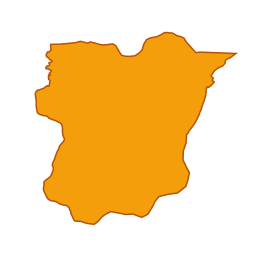 Thateng, Xékong, Laos (Natural Earth projection), rotated 278°
{"feature_id": "54806243B20325716676417", "entity_name": "Thateng", "entity_type": "district", "adm_level": 2, "iso_a3": "LAO", "parent_name": "Laos", "parent_adm1": "Xékong", "projection": "natural_earth1", "projection_center": [106.496, 15.416], "detail": "fine", "context": "isolated", "style": "filled", "palette": "amber", "viewbox_px": 256, "rotation_deg": 278, "n_neighbors": 0, "source": "geoboundaries", "source_scale": "gbopen_adm2", "svg_char_len": 5413}
<svg xmlns="http://www.w3.org/2000/svg" viewBox="0 0 256 256"><g transform="rotate(278 128 128)"><path d="M200.1,39.8L198.2,40.0L196.6,40.5L195.7,40.6L195.1,40.9L195.0,41.0L194.7,40.9L194.2,40.7L193.9,40.4L193.5,40.0L192.7,39.6L192.2,39.2L192.1,38.4L192.1,38.2L192.0,37.9L191.9,37.5L191.6,37.5L190.7,37.3L189.4,36.8L189.1,36.8L188.8,36.8L188.4,36.9L188.0,37.1L187.8,37.2L187.6,37.3L187.4,37.4L187.3,37.5L187.1,37.7L187.0,38.0L186.8,38.6L186.6,38.9L186.5,39.1L186.1,39.8L185.8,40.0L185.4,40.4L185.2,40.6L184.9,40.9L184.7,41.2L184.6,41.4L184.6,41.7L184.5,41.9L184.5,42.3L184.4,42.6L184.3,42.9L184.2,43.1L184.0,43.3L183.9,43.4L183.7,43.5L183.3,43.4L183.1,43.3L182.9,43.1L182.7,42.9L182.4,42.5L182.0,41.5L181.7,40.8L181.5,40.7L181.4,40.6L181.2,40.6L181.0,40.8L180.5,41.3L180.4,41.4L180.3,41.5L179.7,41.5L179.4,41.5L179.1,41.3L179.0,41.2L178.8,41.0L178.7,40.8L178.6,40.6L178.5,40.3L178.4,40.0L178.3,39.6L178.1,39.4L177.9,39.0L177.6,38.8L177.4,38.6L177.1,38.5L176.6,38.3L176.2,38.2L175.9,38.3L175.6,38.4L175.4,38.6L175.2,39.0L175.2,39.5L175.3,39.8L175.4,40.4L175.5,40.7L175.4,40.9L175.3,41.1L175.1,41.4L174.8,41.7L174.8,42.0L174.7,42.3L174.8,43.0L174.8,43.3L174.7,43.5L174.4,43.8L174.1,44.0L173.8,44.0L173.5,44.1L173.2,43.9L172.8,43.7L172.4,43.5L172.1,43.2L171.7,42.9L171.4,42.6L171.1,42.5L170.9,42.5L170.6,42.4L170.2,42.3L169.9,42.5L169.9,43.1L169.8,43.4L169.7,43.5L169.4,43.6L169.2,43.4L169.1,43.1L169.0,42.6L168.9,42.2L168.7,42.0L168.5,41.9L168.4,42.0L168.2,42.1L167.2,42.2L166.3,42.4L165.7,42.5L165.3,42.6L165.1,42.7L164.9,42.9L164.8,43.2L164.6,43.5L164.5,43.8L164.3,44.0L164.0,44.2L163.8,44.3L163.5,44.3L163.4,44.3L163.1,44.2L162.7,44.1L162.0,44.1L161.5,44.1L160.9,44.2L160.4,44.2L160.1,44.1L159.7,44.0L159.0,44.0L158.7,43.9L158.5,43.7L158.4,43.6L158.6,42.9L158.7,42.6L158.6,42.3L158.6,42.0L158.5,41.8L158.3,41.6L157.9,41.2L157.7,41.0L157.5,40.9L157.3,40.8L157.2,40.7L157.0,40.3L156.8,40.1L156.5,39.9L156.1,39.6L155.9,39.4L155.7,39.0L155.6,38.8L155.4,38.5L155.1,38.0L154.8,37.3L154.3,36.5L154.1,36.1L153.7,35.5L153.5,35.0L153.4,34.8L153.3,34.4L153.2,33.9L153.0,33.5L152.7,33.1L152.6,32.9L152.3,32.6L152.1,32.5L151.8,32.2L151.4,32.0L150.9,31.9L150.5,31.6L150.0,31.5L148.3,31.5L146.8,31.9L145.1,32.5L141.1,33.5L136.7,34.1L134.5,34.7L131.0,36.0L130.2,36.6L129.4,37.9L129.3,38.4L129.2,38.9L129.0,39.5L128.9,40.1L128.8,40.9L128.7,41.7L128.6,42.7L128.6,43.2L128.5,43.6L128.5,44.4L128.5,45.3L128.5,45.7L128.4,46.0L128.2,46.4L127.8,47.1L127.5,47.5L127.2,47.8L126.7,48.3L126.6,48.5L126.4,48.8L126.4,49.0L126.4,49.8L126.4,50.0L126.1,50.6L125.9,51.2L125.4,54.3L123.8,59.6L122.9,61.2L122.0,62.0L120.0,62.8L117.3,63.3L113.8,63.9L111.4,64.7L109.0,66.2L107.6,66.6L106.7,66.5L104.5,65.1L101.6,63.2L98.6,62.3L96.6,62.0L95.4,61.3L92.6,60.7L90.2,60.1L86.3,59.4L82.8,58.3L81.2,58.1L80.3,58.3L78.7,59.5L77.2,59.7L75.2,59.6L72.5,59.0L70.0,58.3L68.3,57.1L67.0,56.0L65.1,53.9L63.4,52.6L62.3,52.3L61.0,52.5L59.8,52.8L58.9,52.8L57.1,52.6L55.9,52.7L54.2,53.3L52.0,54.7L48.3,57.1L46.4,58.9L45.7,60.3L45.3,62.2L45.1,66.7L44.8,67.9L43.8,69.6L43.2,71.9L42.7,74.7L42.7,77.7L42.1,79.1L41.9,79.3L41.7,79.6L41.5,79.9L41.3,80.1L41.1,80.4L41.0,80.6L40.8,80.7L40.5,80.9L40.0,81.2L39.6,81.3L39.2,81.4L39.0,81.5L38.8,81.6L38.7,81.7L38.4,82.0L38.1,82.4L37.9,82.5L37.6,82.7L37.3,82.9L36.8,83.0L36.4,83.1L36.0,83.3L35.6,83.4L35.2,83.5L34.9,83.7L34.1,84.2L33.5,84.5L33.1,84.8L32.8,85.1L32.4,85.5L29.6,87.0L28.7,88.2L28.5,89.2L28.6,90.8L28.9,94.0L28.8,95.4L28.4,97.1L28.0,99.3L27.8,101.9L27.9,104.4L27.9,107.1L28.2,108.3L29.8,109.9L31.8,111.7L33.2,112.5L35.4,113.9L36.9,115.1L38.9,117.1L40.0,118.5L41.1,120.1L42.8,122.7L42.4,133.0L42.0,137.6L43.5,144.8L41.4,154.1L45.4,159.7L52.7,162.9L59.0,165.0L64.4,168.1L67.9,176.9L70.6,186.2L78.2,193.4L84.6,194.5L92.2,195.1L96.3,192.0L104.0,186.9L113.1,186.0L121.2,187.6L129.8,186.9L130.8,187.9L132.5,188.7L133.7,188.8L136.7,190.7L140.1,192.5L142.5,193.7L146.7,195.2L150.0,196.2L150.1,196.3L153.0,196.9L155.1,197.5L158.1,198.1L160.4,198.5L163.1,199.0L165.4,199.6L167.9,199.9L171.4,200.4L175.1,200.3L177.4,199.9L177.5,200.0L177.8,200.2L178.1,200.2L178.4,200.3L178.6,200.6L179.0,200.7L179.3,200.5L179.5,200.4L179.7,200.7L179.7,201.0L179.7,201.3L179.6,201.6L179.5,201.9L179.5,202.1L179.6,202.3L179.7,202.5L180.0,202.6L180.4,202.8L180.6,203.0L180.8,203.2L181.1,203.8L181.3,204.1L181.5,204.3L181.7,204.5L182.0,204.6L182.3,204.6L182.6,204.8L182.8,205.0L183.0,205.3L183.3,205.6L183.7,205.7L184.0,205.9L184.2,206.1L184.4,206.4L184.6,206.6L184.9,206.8L185.3,206.8L185.7,206.8L186.0,206.7L186.1,206.1L186.2,205.8L186.3,205.4L186.6,205.2L186.7,204.9L187.0,204.8L187.4,204.8L188.1,205.2L188.9,205.6L189.3,205.4L189.9,204.7L190.3,203.8L190.7,203.4L191.4,203.1L191.7,203.2L193.3,204.0L195.4,204.9L197.2,206.1L198.9,207.7L200.5,209.7L202.2,212.4L202.7,213.2L204.8,214.6L205.9,215.1L208.1,215.1L208.9,215.4L210.2,216.7L211.6,219.2L213.3,220.9L216.6,224.3L216.8,224.5L213.2,189.0L212.7,187.0L212.2,185.2L212.2,184.6L212.4,184.2L220.6,174.6L222.1,173.1L223.0,172.2L224.5,171.4L225.8,167.9L226.0,165.7L226.3,163.7L227.3,161.1L227.9,159.7L228.2,158.0L227.9,155.9L228.0,153.8L227.6,151.0L225.1,147.9L222.4,143.8L220.4,137.6L218.0,134.0L213.0,131.9L207.2,131.1L203.4,128.2L200.4,124.6L199.1,119.4L198.7,115.3L199.2,111.5L202.1,108.9L207.8,104.4L209.2,101.3L208.1,97.4L206.8,92.3L206.8,88.4L207.5,83.6L208.0,78.4L206.4,76.6L207.2,68.7L205.1,63.9L202.1,51.3L201.5,48.8L200.1,39.8Z" fill="#f59e0b" stroke="#b45309" stroke-width="1.5"/></g></svg>